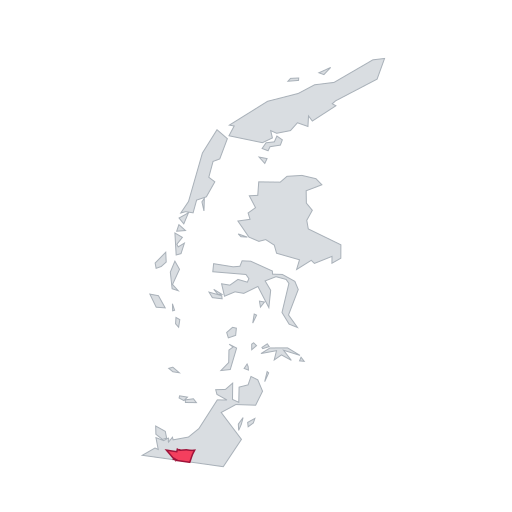 location of Boven Digoel, Papua, Indonesia, rotated 98°
{"feature_id": "22746128B21273779065212", "entity_name": "Boven Digoel", "entity_type": "district", "adm_level": 2, "iso_a3": "IDN", "parent_name": "Indonesia", "parent_adm1": "Papua", "projection": "equal_earth", "projection_center": [140.719, -6.154], "detail": "fine", "context": "in_parent", "style": "filled", "palette": "rose", "viewbox_px": 512, "rotation_deg": 98, "n_neighbors": 0, "source": "geoboundaries", "source_scale": "gbopen_adm2", "svg_char_len": 5205}
<svg xmlns="http://www.w3.org/2000/svg" viewBox="0 0 512 512"><g transform="rotate(98 256 256)"><path d="M176.3,200.7L184.4,215.4L196.6,213.5L202.9,206.6L213.6,210.7L221.9,208.0L233.1,173.5L246.4,171.7L252.6,179.8L245.8,180.7L255.2,197.1L252.6,200.7L263.7,213.9L253.7,212.4L250.4,236.0L242.7,239.4L238.4,248.7L241.1,255.2L238.3,265.6L223.9,278.8L220.5,267.0L214.5,269.8L208.2,263.2L197.3,271.0L195.7,262.7L182.2,263.6L179.5,242.3L172.8,236.4L169.8,221.8L171.1,207.4L176.3,200.7ZM42.5,156.2L64.0,160.7L91.2,198.7L94.6,201.7L96.1,197.8L114.5,219.0L110.0,223.5L120.5,222.6L118.3,233.5L127.0,239.3L131.6,252.6L129.8,258.9L136.8,256.2L142.9,265.4L140.7,299.5L130.3,295.7L130.1,300.6L101.2,266.1L89.1,236.7L78.3,221.8L73.2,202.8L45.5,167.6L42.5,156.2ZM469.2,259.1L469.2,340.9L460.2,329.3L461.2,325.9L449.8,329.8L451.7,321.7L448.5,317.5L449.6,316.8L451.4,317.2L452.5,316.7L447.1,313.5L449.6,312.5L444.7,297.7L434.8,288.5L403.9,274.3L402.6,264.7L398.5,275.4L394.0,277.3L392.4,267.7L385.1,261.4L401.3,259.3L403.3,252.7L388.2,254.5L384.7,245.9L376.0,244.2L378.4,237.0L389.0,230.7L403.8,235.6L405.9,255.3L415.8,268.7L439.6,244.9L469.2,259.1ZM318.9,213.7L308.3,222.4L278.6,219.6L275.0,222.9L273.7,233.3L279.4,243.5L287.9,236.7L305.3,236.1L285.9,249.9L294.7,262.9L294.4,271.8L300.2,281.6L288.3,286.2L288.5,277.8L281.7,270.6L283.1,260.9L279.4,259.9L275.7,263.4L277.6,296.6L269.5,296.9L269.9,277.1L268.4,270.5L262.7,269.1L261.9,260.5L268.6,237.7L271.7,237.1L270.6,227.4L275.7,214.0L283.3,209.5L309.9,215.6L321.0,205.0L318.9,213.7ZM143.8,300.7L164.9,305.4L168.3,311.7L184.6,313.7L188.3,307.1L204.3,313.4L208.9,322.6L222.0,324.3L221.9,331.9L223.9,336.5L211.4,330.4L161.5,323.4L136.4,312.2L143.8,300.7ZM345.5,215.6L354.4,206.5L350.4,217.0L356.4,223.5L346.9,222.5L351.9,237.5L345.1,229.3L342.6,211.9L348.3,198.6L345.5,215.6ZM349.9,262.4L372.0,265.7L374.3,274.8L365.3,268.2L352.9,269.7L349.3,266.0L347.1,270.3L349.9,262.4ZM300.1,334.5L283.9,338.6L272.4,335.6L279.8,329.9L295.8,334.7L301.2,328.2L300.1,334.5ZM253.2,328.7L264.1,330.6L266.1,335.2L244.5,339.5L247.8,331.5L255.4,336.0L257.8,334.3L253.2,328.7ZM320.0,338.7L320.6,347.7L308.5,355.8L308.9,347.1L320.0,338.7ZM142.8,247.3L145.8,257.3L150.1,258.7L148.7,264.9L142.5,261.8L140.4,253.7L134.3,252.0L137.3,246.1L142.8,247.3ZM446.5,330.3L438.3,331.7L442.3,321.4L448.7,319.2L450.7,323.0L446.5,330.3ZM274.5,344.1L279.6,348.4L282.1,353.2L277.0,354.9L264.8,345.9L274.5,344.1ZM337.4,265.1L340.9,272.0L335.8,274.4L329.9,269.3L330.2,265.4L337.4,265.1ZM222.6,328.9L234.2,332.0L229.1,337.5L222.6,328.9ZM240.6,329.4L242.5,338.0L235.7,336.7L240.6,329.4ZM163.1,260.2L157.6,266.7L158.0,258.6L163.1,260.2ZM409.5,294.6L410.9,305.5L408.3,306.0L406.1,298.1L409.5,294.6ZM218.6,313.8L209.9,317.1L206.1,315.2L218.6,313.8ZM303.1,283.6L303.3,293.4L298.3,297.5L300.1,284.4L303.1,283.6ZM58.9,208.3L66.9,214.0L65.8,219.2L58.9,208.3ZM78.5,248.7L75.3,246.5L73.8,238.5L76.2,238.3L78.5,248.7ZM379.4,326.8L377.7,322.9L382.3,315.7L382.2,322.2L379.4,326.8ZM370.0,227.2L379.2,229.9L368.9,228.9L370.0,227.2ZM314.5,247.2L322.9,249.9L313.7,249.7L314.5,247.2ZM299.3,288.4L294.9,293.2L298.7,284.4L299.3,288.4ZM417.0,234.5L421.7,235.4L426.2,240.0L421.9,241.1L417.0,234.5ZM337.3,322.7L334.3,326.2L328.0,326.7L329.6,322.6L337.3,322.7ZM409.2,307.3L407.3,312.4L405.1,312.2L405.3,304.2L409.2,307.3ZM349.4,247.2L343.9,248.0L342.3,246.3L344.7,243.0L349.4,247.2ZM417.8,246.3L424.6,247.1L431.1,248.9L424.9,250.1L417.8,246.3ZM300.4,241.2L306.0,244.5L300.2,246.3L300.4,241.2ZM353.8,198.3L350.0,197.3L353.6,193.6L353.8,198.3ZM314.9,332.1L321.1,329.1L321.9,330.9L314.9,332.1ZM370.0,247.6L369.0,252.1L364.2,249.8L366.6,248.4L370.0,247.6ZM239.0,273.6L236.6,276.7L238.5,267.2L239.0,273.6ZM343.9,230.3L346.8,236.5L345.7,237.4L341.4,232.6L343.9,230.3Z" fill="#d9dde1" stroke="#a8b0b8" stroke-width="1"/><path d="M468.1,309.5L468.0,309.4L468.3,309.3L468.3,309.2L468.4,309.3L468.5,309.3L468.5,309.2L468.6,308.9L468.5,309.0L468.4,309.0L468.4,308.9L468.5,308.8L468.6,308.7L468.7,308.8L468.8,308.8L468.8,308.7L468.7,308.7L468.8,308.6L468.8,308.4L468.7,308.3L468.7,308.2L468.8,308.0L468.8,307.9L469.0,307.9L469.0,307.7L468.9,307.6L468.7,307.6L468.8,307.5L468.9,307.4L468.7,307.3L468.7,307.2L468.8,307.0L469.0,307.2L468.9,307.0L468.9,306.9L469.0,306.9L469.1,306.7L469.3,306.7L469.2,306.6L468.9,306.6L468.9,306.4L469.0,306.4L469.3,306.3L469.2,306.3L469.1,306.2L469.1,305.9L469.3,305.8L469.5,305.8L469.5,300.2L469.5,299.3L469.5,299.0L469.5,298.1L469.5,297.3L469.5,296.9L469.5,296.6L469.5,296.1L469.5,295.5L469.5,292.9L468.7,292.7L467.8,292.6L467.3,292.4L466.9,292.4L466.6,292.3L466.4,292.3L464.9,292.0L464.7,292.0L463.8,291.8L463.3,291.7L462.9,291.6L462.3,291.5L461.9,291.4L461.5,291.3L461.4,291.3L461.1,291.2L459.3,290.6L459.0,290.5L458.3,290.2L458.2,290.2L456.8,289.7L457.4,292.2L457.6,294.7L457.6,294.9L457.6,297.1L457.6,297.7L457.6,298.2L457.8,298.9L458.4,301.7L458.9,303.9L458.9,304.2L458.7,304.2L458.5,304.4L458.5,304.6L458.5,304.8L458.5,305.0L458.7,305.3L458.8,305.3L458.8,305.5L458.8,305.8L458.8,306.0L458.7,306.0L458.6,306.3L458.4,306.5L458.2,307.0L460.8,307.2L460.8,308.9L460.8,310.2L460.8,313.0L460.7,316.2L460.7,317.7L465.1,312.7L465.4,312.4L468.0,309.5L468.1,309.5Z" fill="#f43f5e" stroke="#9f1239" stroke-width="1.5"/></g></svg>